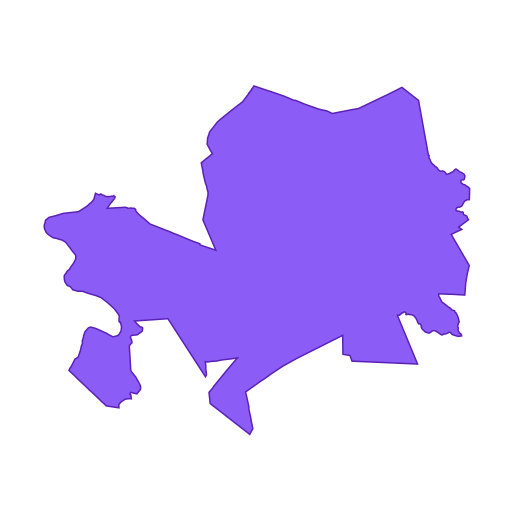 Totolapa, Chiapas, Mexico (Robinson projection), rotated 4°
{"feature_id": "50627088B34380257966429", "entity_name": "Totolapa", "entity_type": "district", "adm_level": 2, "iso_a3": "MEX", "parent_name": "Mexico", "parent_adm1": "Chiapas", "projection": "robinson", "projection_center": [-92.674, 16.512], "detail": "fine", "context": "isolated", "style": "filled", "palette": "violet", "viewbox_px": 512, "rotation_deg": 4, "n_neighbors": 0, "source": "geoboundaries", "source_scale": "gbopen_adm2", "svg_char_len": 6045}
<svg xmlns="http://www.w3.org/2000/svg" viewBox="0 0 512 512"><g transform="rotate(4 256 256)"><path d="M91.5,204.6L90.9,207.9L90.6,208.9L90.7,209.5L90.4,210.3L89.7,211.8L87.7,214.3L87.3,214.7L86.6,215.1L84.7,217.3L83.9,218.1L75.8,224.2L60.8,226.9L52.7,230.0L46.8,231.9L43.5,235.0L43.2,237.8L42.8,238.9L42.6,240.4L42.8,242.1L43.0,243.3L44.6,246.4L45.6,247.7L48.1,249.6L50.9,251.2L52.6,252.0L56.5,252.5L58.1,253.0L59.5,253.3L60.8,253.4L61.8,253.9L63.8,254.7L65.4,255.8L66.5,256.9L68.7,259.6L69.4,260.2L71.7,263.1L73.1,264.6L73.7,265.2L74.6,266.3L75.6,267.1L76.2,268.6L76.3,269.5L76.3,271.5L75.1,274.7L74.2,276.4L71.7,280.4L71.4,281.2L70.9,282.1L69.9,283.2L69.3,283.6L68.4,284.8L67.9,285.7L67.8,286.5L66.7,287.7L66.4,288.2L66.2,288.7L66.1,289.8L66.3,291.9L66.9,294.3L67.3,295.3L68.3,296.7L69.0,297.5L69.3,298.1L70.1,298.7L71.7,299.1L73.0,299.7L74.2,300.9L75.7,302.6L77.4,302.8L78.0,303.1L79.3,303.2L80.5,303.6L85.9,303.3L86.4,303.6L88.1,304.1L89.5,304.5L93.5,305.5L99.3,306.7L104.3,308.3L111.5,313.1L118.4,318.6L123.0,324.0L123.8,325.7L123.8,329.6L124.0,330.9L124.4,331.5L125.3,331.4L126.8,335.9L126.6,340.3L124.6,344.2L123.7,344.7L123.7,344.9L123.6,345.1L119.0,346.6L114.5,344.7L112.8,343.7L102.3,339.8L100.1,339.2L95.9,338.4L93.7,339.5L90.8,343.3L89.6,347.5L89.3,350.2L88.6,352.9L89.0,354.9L88.4,357.3L88.1,357.8L87.5,362.0L85.7,369.2L82.4,371.7L82.3,372.2L79.5,378.9L78.1,381.1L77.4,383.2L84.1,388.7L86.3,390.7L97.6,399.9L98.3,400.7L101.4,403.0L110.1,410.2L112.6,412.4L114.7,413.9L117.1,416.0L129.9,417.0L129.6,414.6L129.6,413.6L130.4,412.6L130.4,412.3L132.0,410.6L135.5,408.0L139.6,407.1L141.6,407.2L140.8,403.3L139.9,403.1L140.1,401.9L140.6,400.8L146.7,401.9L148.8,399.1L150.0,397.3L150.1,395.8L150.0,394.5L149.6,393.2L148.3,391.0L144.6,385.3L139.4,379.6L139.0,378.4L135.9,354.6L137.0,352.7L138.2,351.5L138.3,351.0L138.1,349.6L136.4,345.8L136.5,345.3L136.7,344.7L137.3,343.9L142.6,343.0L143.2,342.8L147.5,339.2L147.8,338.6L147.9,338.1L148.0,336.4L147.9,335.7L147.4,335.1L145.2,334.6L141.6,331.6L139.4,329.3L172.5,324.7L214.0,380.0L214.9,378.0L214.5,375.4L214.1,374.0L213.7,371.3L213.7,369.8L212.8,364.9L215.3,365.1L217.6,364.5L219.9,364.1L223.8,363.6L228.8,362.2L234.2,361.1L238.8,360.3L244.5,358.9L233.7,373.7L222.9,389.0L222.1,390.6L218.6,395.3L220.6,406.4L262.2,434.4L264.9,428.5L262.8,421.0L261.8,416.9L259.6,409.4L259.4,407.0L259.0,405.4L255.9,394.9L255.0,392.5L260.1,388.2L267.3,382.3L269.9,380.2L272.9,378.0L274.9,376.3L279.8,372.2L290.5,364.0L304.0,355.2L348.0,329.1L349.6,348.0L356.7,348.7L359.1,354.2L424.7,352.5L401.1,305.2L403.5,305.0L403.9,304.0L404.7,303.8L405.2,302.7L406.5,302.5L407.3,301.5L408.3,301.5L409.3,301.8L409.7,302.8L409.6,303.9L410.1,304.0L412.2,303.3L412.9,303.8L413.5,303.7L415.5,303.7L416.1,303.9L417.3,304.6L417.9,304.8L418.4,305.1L419.2,306.4L419.7,306.7L421.2,309.1L421.8,310.7L423.0,312.4L424.1,312.3L424.7,312.4L425.0,312.7L425.5,313.6L425.7,314.3L425.7,315.0L426.0,315.7L426.6,316.9L427.2,317.6L428.1,318.2L429.4,319.3L430.0,320.0L430.8,320.1L433.1,320.8L434.3,320.8L436.0,319.5L436.7,318.7L438.5,318.0L440.5,318.3L441.1,318.7L441.4,319.0L442.1,319.1L445.6,321.3L446.3,321.6L447.2,321.8L448.0,321.3L449.1,320.8L451.4,320.2L454.1,318.6L454.8,318.5L455.5,318.8L456.2,319.8L457.3,320.7L458.2,320.8L458.7,321.1L463.2,322.1L466.7,321.4L466.5,320.3L466.3,319.9L465.7,319.3L465.1,319.2L464.6,318.9L464.4,318.5L463.9,318.0L462.7,315.9L462.9,313.6L462.4,313.1L462.1,311.5L462.4,310.4L462.6,308.9L463.2,308.0L463.3,307.3L462.9,306.5L462.4,304.5L461.3,301.9L459.6,298.9L458.4,298.2L458.2,297.5L458.1,297.0L457.7,296.6L455.7,296.4L454.9,295.8L454.3,295.2L452.6,293.9L451.8,293.7L446.5,290.0L444.8,289.1L443.0,286.2L442.3,284.8L441.2,283.6L440.9,281.0L455.6,280.5L467.0,280.4L467.1,268.1L468.0,258.9L469.4,250.6L449.2,220.8L459.4,215.1L456.1,213.1L465.5,204.9L464.3,203.5L463.7,201.9L462.7,201.1L461.7,200.7L460.9,200.5L460.1,200.0L459.8,199.2L459.9,198.6L459.6,198.0L458.6,197.5L457.8,198.0L457.4,198.0L455.9,197.2L455.7,197.3L452.7,196.9L452.3,196.3L452.2,195.7L452.3,195.2L452.7,194.4L453.4,193.5L454.1,193.2L455.8,193.1L457.8,191.8L459.4,188.5L459.7,187.7L460.0,187.2L460.9,186.3L462.1,185.5L463.3,185.1L464.9,184.9L464.4,173.7L462.3,172.0L461.8,171.7L460.8,171.6L459.6,170.5L459.3,170.3L458.3,170.2L458.0,170.2L455.7,169.0L455.1,167.1L455.2,166.4L455.7,165.7L456.9,165.5L457.6,165.6L458.3,165.1L458.8,163.0L458.7,161.2L457.9,160.0L457.2,159.5L454.7,158.2L453.4,157.9L451.6,156.5L449.5,155.3L449.1,155.4L448.2,156.1L446.7,158.1L446.1,158.5L444.2,159.5L443.8,159.9L440.8,161.2L439.9,160.8L439.2,159.6L438.4,159.0L437.1,158.3L436.4,158.1L435.3,158.3L434.8,158.6L434.3,158.6L433.5,158.3L431.6,157.1L431.2,156.2L430.4,155.3L429.5,154.6L428.4,154.3L427.5,153.2L425.6,151.9L424.2,150.4L422.5,147.1L421.8,146.3L421.7,144.9L421.8,143.9L421.3,143.6L421.0,143.6L407.3,89.5L389.8,77.6L377.8,84.8L347.8,101.8L341.9,103.2L321.8,108.6L320.9,108.0L316.2,106.2L311.7,105.7L307.6,104.9L293.6,101.0L285.0,98.1L282.5,97.9L272.9,94.6L262.1,91.7L242.0,86.5L240.7,89.1L240.0,89.8L239.7,90.9L238.9,91.9L239.0,92.1L237.7,93.7L237.9,93.8L232.7,101.8L231.8,103.1L231.7,103.3L230.6,104.2L228.6,106.1L228.0,106.4L222.3,111.6L211.7,121.4L208.3,124.8L201.4,135.0L201.0,135.7L200.8,136.7L199.5,141.8L199.5,145.9L199.4,147.8L203.3,154.1L205.4,156.9L203.3,158.9L203.1,159.2L199.5,162.4L197.2,164.7L195.7,166.1L195.5,166.6L194.9,166.9L196.8,173.8L197.7,177.9L198.9,181.9L200.5,186.9L201.9,190.0L202.4,192.1L203.8,196.2L203.8,198.9L200.5,223.6L215.5,253.0L201.4,249.4L199.3,248.7L199.2,247.7L192.0,245.7L176.2,240.4L172.0,239.1L170.5,238.5L148.1,231.5L141.4,226.4L137.1,223.4L135.6,222.1L133.2,219.7L132.8,219.0L132.8,218.2L131.8,217.2L131.2,216.9L129.2,217.0L127.8,216.8L127.6,217.0L124.6,217.3L124.0,216.8L122.2,216.5L104.3,218.8L106.4,214.9L111.0,208.4L111.3,206.7L110.3,206.3L110.0,205.7L109.6,206.0L108.4,206.5L107.6,206.4L106.0,206.9L104.3,207.1L101.9,207.1L100.2,206.2L99.3,206.0L98.6,206.0L97.9,205.6L97.4,205.0L96.8,205.0L96.4,205.4L96.2,205.3L95.8,205.4L95.1,206.0L91.5,204.6Z" fill="#8b5cf6" stroke="#5b21b6" stroke-width="1.5"/></g></svg>